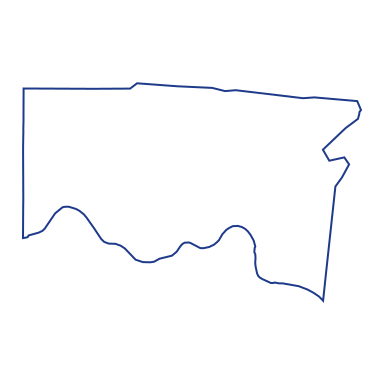 the district of Hamilton, Ohio, United States of America
{"feature_id": "52423323B74792918686733", "entity_name": "Hamilton", "entity_type": "district", "adm_level": 2, "iso_a3": "USA", "parent_name": "United States of America", "parent_adm1": "Ohio", "projection": "natural_earth1", "projection_center": [-84.539, 39.167], "detail": "fine", "context": "isolated", "style": "outline", "palette": "blue", "viewbox_px": 384, "rotation_deg": 0, "n_neighbors": 0, "source": "geoboundaries", "source_scale": "gbopen_adm2", "svg_char_len": 1420}
<svg xmlns="http://www.w3.org/2000/svg" viewBox="0 0 384 384"><path d="M303.0,98.2L235.7,90.2L225.1,91.1L212.2,87.9L177.7,86.3L137.1,83.3L130.1,88.6L93.2,88.8L23.6,88.5L23.5,113.7L23.5,121.0L23.3,129.1L23.4,131.5L23.3,134.1L23.1,146.9L23.1,153.3L23.3,199.1L23.2,205.5L23.0,238.1L26.9,237.4L27.8,236.9L28.7,235.4L38.8,232.6L42.5,230.8L44.7,228.7L55.1,213.4L62.5,207.3L64.7,206.8L68.6,206.7L75.9,208.9L79.4,210.8L84.0,214.5L86.7,217.8L93.9,228.0L99.6,236.6L101.3,239.1L104.2,241.9L108.7,243.6L115.4,243.8L120.7,245.7L124.9,248.5L135.6,259.7L141.0,261.5L143.0,262.1L150.3,262.3L154.1,261.7L159.6,258.7L171.8,255.7L172.0,255.6L176.7,251.7L180.5,246.1L182.4,244.0L184.6,242.7L188.9,242.5L190.3,242.9L200.3,248.1L203.3,248.2L209.2,247.0L211.4,245.9L213.8,244.8L217.1,242.1L217.5,241.6L218.8,240.4L222.4,234.2L226.5,229.7L229.3,227.9L232.3,226.4L232.7,226.2L237.8,225.9L241.8,227.0L245.2,228.9L247.9,231.4L250.6,235.0L253.7,240.6L255.3,246.6L254.7,247.9L254.3,252.1L255.3,254.3L255.5,258.5L255.2,262.5L255.6,266.6L257.1,273.5L258.3,276.0L259.6,277.4L262.2,279.0L270.9,283.0L273.5,283.0L274.5,282.5L278.6,283.3L282.9,283.4L298.8,286.2L307.4,289.5L313.2,292.6L317.4,295.4L319.1,296.6L323.1,300.7L325.9,274.2L335.4,186.5L342.0,177.4L349.1,164.4L344.3,157.4L329.3,160.7L322.9,149.7L345.6,128.1L358.0,118.8L359.2,114.3L359.5,112.0L361.0,110.0L357.2,101.1L314.4,97.4L303.0,98.2Z" fill="none" stroke="#1e3a8a" stroke-width="2"/></svg>